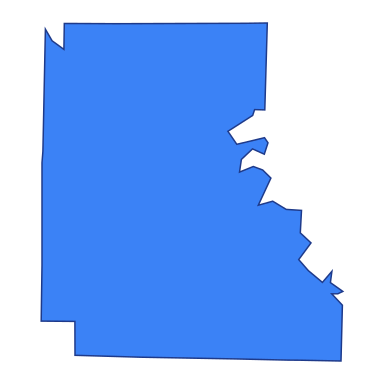 Marion, Arkansas, United States of America (Natural Earth projection)
{"feature_id": "52423323B60870654888201", "entity_name": "Marion", "entity_type": "district", "adm_level": 2, "iso_a3": "USA", "parent_name": "United States of America", "parent_adm1": "Arkansas", "projection": "natural_earth1", "projection_center": [-92.599, 36.281], "detail": "fine", "context": "isolated", "style": "filled", "palette": "blue", "viewbox_px": 384, "rotation_deg": 0, "n_neighbors": 0, "source": "geoboundaries", "source_scale": "gbopen_adm2", "svg_char_len": 711}
<svg xmlns="http://www.w3.org/2000/svg" viewBox="0 0 384 384"><path d="M341.0,361.0L342.4,305.2L331.7,293.8L337.8,293.8L342.8,291.4L330.4,282.6L331.9,271.3L322.4,282.4L308.3,270.6L298.7,259.6L311.0,242.9L300.3,232.9L301.5,210.4L286.2,209.4L272.7,201.2L258.3,205.2L270.9,178.1L262.7,170.0L253.3,166.5L239.5,172.1L241.4,159.4L252.5,148.9L264.3,154.2L268.0,142.8L264.5,137.7L236.8,144.3L227.9,131.3L252.7,115.4L254.6,109.6L264.8,109.9L267.3,23.0L245.4,23.3L115.4,23.7L74.0,23.5L73.8,23.5L64.3,23.5L63.9,49.4L52.1,40.8L45.4,29.2L42.9,151.3L42.0,162.7L42.0,265.1L41.2,321.1L74.9,321.4L75.0,355.3L140.9,357.2L234.6,358.9L288.1,360.1L300.2,360.2L341.0,361.0Z" fill="#3b82f6" stroke="#1e3a8a" stroke-width="1.5"/></svg>